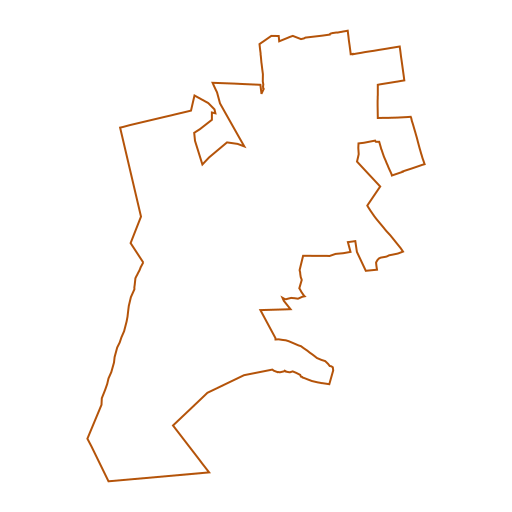 outline of San Lorenzo Cacaotepec, Oaxaca, Mexico
{"feature_id": "50627088B1759154340941", "entity_name": "San Lorenzo Cacaotepec", "entity_type": "district", "adm_level": 2, "iso_a3": "MEX", "parent_name": "Mexico", "parent_adm1": "Oaxaca", "projection": "robinson", "projection_center": [-96.793, 17.126], "detail": "fine", "context": "isolated", "style": "outline", "palette": "amber", "viewbox_px": 512, "rotation_deg": 0, "n_neighbors": 0, "source": "geoboundaries", "source_scale": "gbopen_adm2", "svg_char_len": 4793}
<svg xmlns="http://www.w3.org/2000/svg" viewBox="0 0 512 512"><path d="M87.4,438.7L91.4,446.3L108.5,481.3L209.1,472.4L202.1,463.4L199.1,459.4L173.0,425.5L200.2,399.7L207.4,392.8L244.0,375.2L272.3,369.6L273.8,370.7L277.7,372.2L278.0,372.0L279.9,372.3L284.2,371.3L284.7,370.7L285.8,371.3L285.9,371.6L288.5,372.1L289.9,372.3L292.7,371.4L294.4,372.1L296.3,372.9L300.2,374.9L300.9,376.6L302.1,376.9L302.5,377.5L303.1,377.7L303.5,377.8L311.8,381.0L317.8,382.4L319.6,382.7L321.6,383.1L322.0,383.1L326.1,383.7L329.3,384.2L333.2,370.4L332.8,367.3L331.3,366.3L329.7,366.0L328.1,363.9L325.2,361.1L321.4,359.9L316.9,358.0L314.8,356.3L312.3,354.4L309.7,352.6L307.5,350.8L303.4,348.0L301.0,346.2L298.5,345.4L293.2,343.1L288.7,341.2L285.8,340.3L282.3,339.9L278.6,339.3L275.5,339.5L275.4,338.0L260.4,310.1L284.9,309.4L290.5,309.2L283.8,300.8L283.4,299.8L283.0,299.1L282.9,298.7L282.5,297.8L284.3,298.8L285.2,299.2L285.6,299.2L286.2,299.2L287.9,298.7L289.1,298.4L291.3,297.9L292.9,298.1L293.7,298.1L296.6,298.5L297.9,298.7L298.5,298.5L299.6,298.0L302.2,296.8L303.6,296.5L304.6,296.3L304.0,295.7L302.8,294.0L301.3,291.8L299.9,289.2L299.3,288.3L301.7,280.1L301.6,279.4L300.9,277.6L300.7,276.9L300.3,274.3L300.1,272.1L300.0,271.9L299.6,270.1L303.1,255.8L327.5,255.9L329.5,256.0L335.6,253.9L343.3,253.2L350.5,251.9L347.9,242.1L355.3,241.1L356.9,251.9L365.8,270.8L377.0,269.7L376.4,265.8L376.1,263.0L376.1,262.4L377.5,260.0L379.0,258.4L380.8,257.6L385.0,256.9L386.4,256.6L387.4,256.2L389.1,255.3L392.3,254.7L397.2,253.7L398.3,253.4L403.0,251.6L400.7,248.2L390.3,235.3L386.4,231.1L384.5,228.8L384.3,228.5L383.9,228.0L382.9,226.8L381.4,225.0L379.9,223.2L376.8,219.5L376.1,218.6L374.4,216.4L372.4,213.5L370.4,210.6L368.1,207.0L367.3,205.6L368.0,204.5L369.7,202.0L372.8,197.4L380.2,186.5L370.2,175.8L357.0,161.6L358.2,156.5L358.7,154.2L358.3,147.9L358.5,143.4L363.8,142.8L375.1,140.6L375.7,141.7L376.3,141.8L377.2,141.8L377.4,141.8L379.2,141.8L380.7,147.0L381.3,149.3L381.5,149.5L382.7,153.1L382.8,153.4L383.9,156.6L384.8,158.7L385.6,160.5L386.0,161.5L386.8,163.5L387.6,165.2L388.3,167.0L389.0,168.6L390.1,171.0L390.5,171.8L391.5,174.1L391.7,174.7L391.9,175.5L400.1,172.7L402.7,171.8L402.6,171.5L405.5,170.5L408.6,169.5L411.4,168.6L419.3,165.9L420.7,165.4L422.4,164.8L424.6,164.2L423.4,160.6L422.6,158.4L422.5,158.1L421.6,155.0L421.1,153.5L421.0,153.1L420.5,151.3L419.9,149.2L419.7,148.6L417.8,141.5L417.4,139.9L417.3,139.5L416.8,137.6L416.4,136.2L416.1,135.2L415.4,132.7L413.9,127.6L413.5,126.2L412.8,123.8L412.6,123.2L411.9,121.1L411.2,118.0L410.8,117.1L410.7,116.8L406.7,117.1L397.1,117.6L389.6,117.8L388.4,117.9L381.9,117.9L377.8,118.0L377.7,111.1L377.6,105.5L377.6,103.5L377.6,100.8L377.7,98.5L377.7,96.5L377.8,95.2L377.8,92.3L377.8,89.9L377.8,87.6L377.8,84.8L380.3,84.3L388.5,83.0L396.5,81.7L396.8,81.7L401.2,80.9L404.3,80.4L403.7,75.7L403.0,70.7L402.3,65.6L401.6,60.6L400.9,55.8L400.9,55.6L400.3,50.8L399.7,46.5L391.9,47.8L391.7,47.8L387.1,48.6L384.0,49.1L378.3,50.0L377.8,50.1L375.5,50.5L373.8,50.8L371.6,51.1L364.9,52.1L361.3,52.8L359.5,53.1L356.4,53.6L352.7,54.3L352.7,53.9L350.7,54.2L350.5,52.3L349.6,45.5L348.9,40.6L348.4,36.2L347.7,30.7L345.1,31.2L343.2,31.5L341.3,31.9L340.4,32.0L337.5,32.6L337.0,32.5L335.7,32.6L333.1,33.0L332.7,33.0L331.0,33.5L330.8,33.5L330.3,33.8L330.1,33.9L329.7,34.4L329.7,34.6L321.8,35.7L305.4,37.6L304.0,38.4L301.0,39.1L292.8,35.9L290.2,36.8L289.7,37.0L289.3,37.1L289.0,37.3L279.2,41.3L278.7,36.0L271.3,35.9L262.7,41.9L261.9,42.4L259.5,44.1L260.1,49.6L260.6,53.3L260.6,54.6L260.8,55.9L261.1,59.1L261.4,62.5L261.6,63.8L262.2,68.8L262.9,74.2L262.8,80.7L262.8,81.5L262.9,82.1L263.1,83.3L263.2,83.9L263.3,84.5L263.2,85.2L263.1,85.9L263.0,86.5L263.2,87.2L263.1,87.8L263.2,88.5L263.7,88.9L263.6,89.3L263.4,89.6L261.8,93.0L261.5,93.9L260.4,84.8L244.4,84.1L234.4,83.6L212.6,82.8L214.0,86.0L216.2,90.7L216.6,91.4L217.1,92.6L220.0,103.4L225.5,113.2L231.2,123.3L239.6,138.2L244.3,146.4L242.4,145.7L237.6,143.9L227.0,142.4L209.1,157.4L202.4,164.5L195.0,140.8L194.2,132.8L200.0,129.1L211.9,119.8L211.9,112.5L215.4,113.3L214.5,109.4L208.3,103.1L194.5,95.5L193.3,100.6L191.0,110.6L188.2,111.3L181.5,112.9L181.0,113.0L174.7,114.5L171.5,115.3L165.0,116.8L129.9,125.1L122.9,127.0L120.1,127.6L141.0,216.6L139.9,219.4L130.6,243.1L143.2,262.4L143.5,262.2L143.2,262.5L141.9,265.0L140.7,267.2L140.3,268.3L140.1,268.8L139.5,270.3L139.4,270.5L138.2,272.7L137.6,273.9L137.4,274.4L136.8,275.5L136.5,276.0L135.8,277.4L135.4,278.3L135.2,280.3L134.9,283.0L134.7,284.9L134.5,286.2L134.3,287.7L134.4,288.0L134.4,288.5L134.4,289.3L130.9,297.1L128.8,305.9L128.3,309.8L127.5,316.8L126.6,321.5L124.1,331.2L121.4,337.4L119.7,342.5L117.2,347.5L114.6,357.1L114.0,362.5L111.3,372.1L108.5,378.4L107.2,384.0L105.2,389.7L103.9,393.0L101.8,398.2L101.5,404.8L87.4,438.7Z" fill="none" stroke="#b45309" stroke-width="2"/></svg>